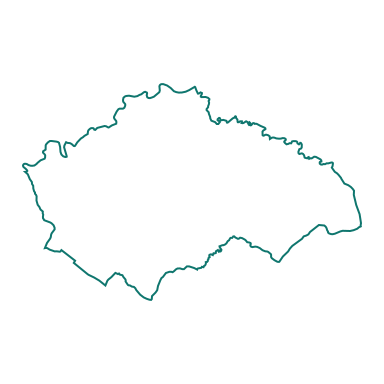 the district of Agua De Dios, Cundinamarca, Colombia
{"feature_id": "7082276B68693842592572", "entity_name": "Agua De Dios", "entity_type": "district", "adm_level": 2, "iso_a3": "COL", "parent_name": "Colombia", "parent_adm1": "Cundinamarca", "projection": "mercator", "projection_center": [-74.665, 4.372], "detail": "fine", "context": "isolated", "style": "outline", "palette": "teal", "viewbox_px": 384, "rotation_deg": 0, "n_neighbors": 0, "source": "geoboundaries", "source_scale": "gbopen_adm2", "svg_char_len": 5954}
<svg xmlns="http://www.w3.org/2000/svg" viewBox="0 0 384 384"><path d="M360.8,226.4L360.6,225.4L361.0,223.2L359.6,214.2L356.2,204.9L355.4,201.5L353.8,194.9L354.0,190.7L352.8,189.0L350.9,187.0L348.3,185.2L344.4,183.6L341.3,178.7L341.0,177.9L338.5,174.8L336.9,173.2L335.0,172.0L334.4,171.3L331.8,167.6L332.5,166.3L332.9,163.9L332.9,163.1L332.4,162.6L331.4,162.5L328.1,163.4L326.7,163.3L325.0,164.2L323.4,164.0L322.6,164.5L321.1,164.6L319.8,163.7L319.7,163.0L319.7,162.3L320.0,161.9L321.4,161.5L321.3,160.4L320.5,159.4L315.9,156.9L314.2,156.7L311.8,158.3L311.4,158.4L310.8,158.2L309.2,158.8L308.9,157.4L308.7,157.0L308.3,157.1L307.2,158.3L305.0,157.8L304.6,157.5L304.1,155.3L303.1,154.0L302.3,153.5L301.5,153.4L299.5,154.0L298.8,153.6L298.5,153.1L298.4,151.8L299.3,149.2L301.1,148.5L301.7,147.5L301.8,144.6L301.5,143.9L300.8,142.9L300.2,142.8L299.3,144.2L299.0,144.4L297.5,143.4L297.2,142.0L296.6,141.4L295.2,141.1L293.4,141.1L292.1,141.4L291.2,143.3L289.5,143.2L288.3,143.9L286.5,144.3L284.9,142.9L284.2,141.9L284.4,141.3L285.6,140.2L285.8,139.6L285.5,138.8L284.3,138.2L282.6,138.1L280.9,138.6L279.0,138.7L276.3,138.4L274.5,137.7L273.2,137.5L271.9,137.7L269.9,139.0L269.7,136.4L268.3,135.3L266.3,134.7L265.3,134.8L263.7,135.7L262.9,135.5L262.6,135.2L262.5,131.6L263.3,130.5L265.4,129.2L265.4,128.4L264.7,127.7L260.5,125.9L256.8,123.9L255.9,123.7L254.7,123.9L253.9,123.1L253.1,123.1L251.2,125.2L250.8,125.3L250.5,124.7L250.4,123.2L249.3,122.1L248.9,122.4L249.5,124.4L249.6,125.0L249.2,125.1L248.7,124.6L248.0,123.1L247.1,121.8L246.1,121.3L243.5,123.0L242.6,123.2L241.6,123.0L242.0,122.2L241.9,121.3L240.1,121.3L238.9,122.2L237.8,122.2L237.6,121.8L237.4,119.5L236.2,118.2L236.0,116.8L235.6,116.3L235.0,116.5L234.3,117.7L232.8,118.3L228.0,122.4L227.1,122.7L226.9,122.5L226.4,120.8L223.3,119.9L221.1,120.3L220.5,119.6L219.7,118.0L219.1,117.9L217.7,119.1L217.5,120.0L218.2,120.7L219.8,121.3L219.9,122.0L218.3,124.0L216.8,124.0L215.1,122.1L211.4,120.7L210.3,118.5L210.1,116.8L208.9,113.8L208.7,112.3L206.6,110.1L206.6,109.1L208.1,107.2L208.1,106.2L208.9,104.2L209.1,102.7L208.6,101.0L209.3,99.9L209.4,99.1L208.0,97.8L205.6,97.0L201.5,97.1L200.8,96.7L200.8,96.0L201.9,93.9L201.9,93.0L200.5,92.4L198.7,93.6L197.9,93.6L196.3,90.2L195.2,87.1L194.8,86.8L189.2,90.1L185.7,91.7L181.9,92.5L178.8,92.6L176.2,92.1L173.9,91.2L170.7,88.0L167.1,85.5L163.2,84.1L161.8,84.1L160.7,84.4L159.9,85.1L159.4,86.2L159.8,90.5L159.3,92.2L153.9,96.7L151.6,97.6L149.9,98.1L148.5,98.0L147.3,97.3L146.7,95.3L147.1,93.3L146.9,92.6L145.1,91.8L143.8,92.3L141.3,94.3L139.5,94.9L137.4,96.1L134.3,96.7L129.0,95.7L126.1,96.0L124.9,96.5L123.5,97.7L123.0,100.0L123.2,101.7L125.2,104.1L125.3,105.0L125.1,106.0L124.3,107.8L122.9,108.7L119.5,108.7L118.4,109.2L116.7,111.5L114.1,116.6L114.0,117.8L114.5,118.9L116.2,121.0L116.4,122.1L116.2,123.7L111.9,125.4L108.7,127.5L108.1,127.4L106.2,126.3L104.6,126.0L97.3,127.9L95.3,129.9L94.3,129.7L93.7,128.5L93.0,128.1L91.3,128.1L90.6,128.4L89.7,129.0L88.5,130.2L88.0,131.2L87.7,134.0L84.4,135.9L83.1,137.1L80.9,138.5L77.3,142.3L75.0,145.9L74.4,146.1L73.8,146.0L71.6,144.0L69.9,143.1L67.5,142.9L66.1,142.2L64.4,145.5L64.1,147.3L66.7,156.2L66.7,156.7L66.2,156.9L65.2,157.0L63.2,156.3L61.4,154.5L60.5,151.9L60.1,146.9L59.0,142.8L57.9,142.0L56.3,141.6L51.7,141.0L49.9,141.0L47.9,142.4L46.1,144.4L45.7,145.3L45.6,149.6L43.1,151.3L43.0,152.6L44.8,154.5L45.2,155.3L45.1,157.5L44.6,158.7L40.6,160.3L37.6,162.8L36.5,164.0L34.4,165.5L32.1,165.8L30.6,165.7L28.3,165.0L27.4,164.3L25.9,163.8L24.5,163.8L23.7,164.2L23.2,164.9L23.0,165.8L23.5,167.0L25.7,168.8L26.9,170.1L27.3,170.9L26.5,171.8L25.2,171.9L27.8,174.3L29.8,179.1L31.9,182.1L32.0,183.9L33.2,185.8L33.3,188.4L34.1,191.3L35.0,192.5L35.0,193.7L36.1,195.0L36.6,196.3L36.5,200.6L37.7,204.8L39.4,207.0L40.5,209.5L42.8,211.5L42.7,213.3L43.2,214.6L42.9,217.0L43.1,218.5L43.9,219.4L44.2,220.2L50.3,222.5L51.6,223.3L53.6,225.3L54.6,227.8L54.6,229.4L51.6,233.4L51.1,234.8L50.8,237.0L50.2,238.5L47.0,243.0L44.9,248.1L46.0,247.9L47.2,248.1L49.6,249.6L54.7,251.4L56.6,251.3L59.8,251.7L60.4,251.5L61.4,250.1L75.1,260.7L73.8,262.9L87.4,274.0L88.5,274.8L94.1,277.5L99.3,280.6L105.4,285.5L107.4,280.7L108.3,279.6L111.4,277.1L115.4,272.9L118.0,274.1L119.0,273.5L120.0,274.7L122.4,275.2L123.4,277.0L125.4,279.4L125.7,280.3L125.6,281.5L127.9,284.9L128.6,285.3L129.9,285.4L131.9,286.6L133.9,286.9L135.3,288.2L136.3,290.1L140.2,294.7L143.7,297.4L146.7,298.8L149.4,299.7L151.1,299.9L151.8,299.0L152.0,296.1L155.5,292.6L157.2,290.2L158.0,286.0L160.4,280.1L161.5,278.0L162.9,277.0L165.9,273.0L169.4,271.8L171.3,271.8L172.6,272.2L174.0,271.2L176.0,269.3L177.5,268.5L180.0,268.4L182.2,269.1L184.0,269.1L186.9,266.4L189.1,266.4L194.1,268.0L197.1,269.5L197.2,268.9L197.8,268.5L201.3,267.8L201.9,266.8L203.5,267.2L204.1,265.9L204.8,265.6L205.5,264.7L205.9,263.3L205.8,262.1L207.1,261.9L207.8,261.0L207.8,260.0L208.4,259.4L208.4,258.2L209.7,257.1L209.2,256.0L209.5,254.8L211.0,254.3L212.8,255.1L213.4,253.4L213.8,253.2L214.4,253.5L215.8,253.0L215.9,251.3L217.9,250.0L218.7,251.5L219.7,250.5L220.1,250.8L220.2,251.5L220.6,251.4L221.2,250.7L221.4,249.7L219.7,247.2L219.5,246.3L222.4,245.2L223.4,245.2L224.9,244.6L226.4,243.4L227.7,241.2L229.1,240.2L230.1,238.3L230.6,237.9L232.2,237.9L233.3,236.4L234.3,236.4L235.2,237.4L237.9,238.8L238.8,238.7L240.1,237.7L242.1,238.1L244.8,239.6L245.7,240.3L247.2,242.2L249.3,242.5L250.5,243.0L250.8,243.9L250.3,245.1L250.7,246.3L251.3,246.8L252.5,247.1L255.2,246.6L257.2,246.9L259.8,248.1L262.5,250.2L265.2,251.3L267.2,251.5L268.2,251.9L270.9,254.2L271.1,254.8L271.1,257.0L271.8,258.2L274.5,260.2L277.2,261.7L278.2,261.9L279.3,261.8L282.9,256.5L288.1,251.5L289.9,248.6L292.3,245.9L302.0,238.8L303.7,236.4L306.4,235.5L308.4,234.4L310.0,232.0L318.9,225.0L324.3,225.5L325.7,226.7L326.6,228.3L327.1,230.1L328.0,231.6L328.1,232.6L329.2,233.5L331.1,234.1L332.7,234.2L334.9,233.7L340.4,231.4L342.6,230.8L350.1,231.0L353.6,230.2L357.3,228.7L358.9,227.3L360.8,226.4Z" fill="none" stroke="#0f766e" stroke-width="2"/></svg>